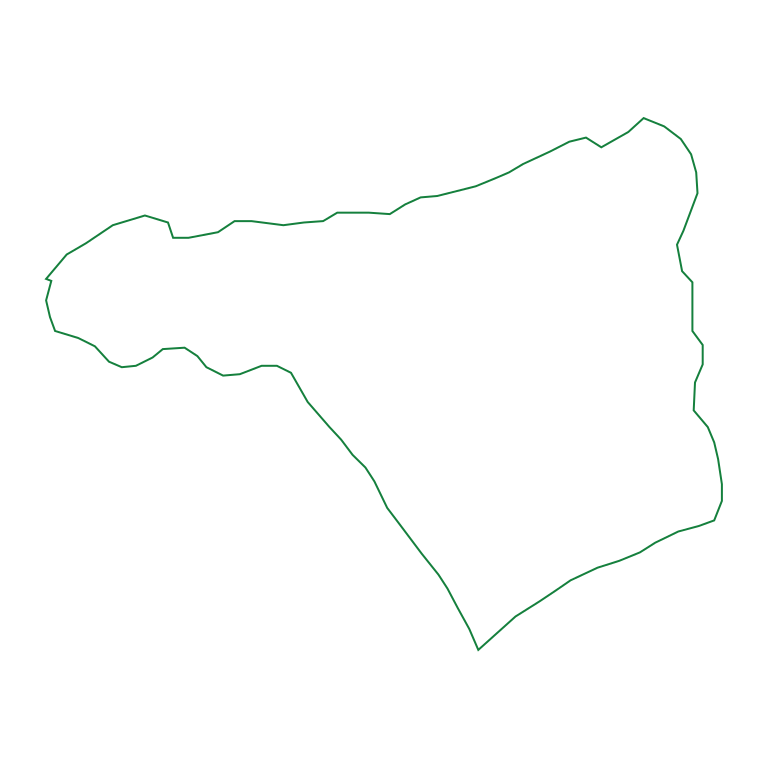 Agios Amvrosios Keryneias, Cyprus
{"feature_id": "46923920B46036306691539", "entity_name": "Agios Amvrosios Keryneias", "entity_type": "district", "adm_level": 2, "iso_a3": "CYP", "parent_name": "Cyprus", "parent_adm1": "", "projection": "equal_earth", "projection_center": [33.571, 35.33], "detail": "fine", "context": "isolated", "style": "outline", "palette": "green", "viewbox_px": 768, "rotation_deg": 0, "n_neighbors": 0, "source": "geoboundaries", "source_scale": "gbopen_adm2", "svg_char_len": 1270}
<svg xmlns="http://www.w3.org/2000/svg" viewBox="0 0 768 768"><path d="M478.3,649.9L501.7,628.9L515.5,616.5L539.8,601.2L556.5,590.0L570.6,580.3L597.5,567.7L619.3,560.8L639.9,552.4L655.2,542.7L678.3,531.5L698.8,526.0L714.2,520.4L721.9,500.9L721.9,484.2L718.1,459.1L714.2,442.4L707.8,427.1L693.7,410.4L695.0,382.5L702.7,364.4L702.7,345.0L692.4,331.0L692.4,301.8L692.4,282.3L682.1,271.2L677.0,244.7L683.4,230.8L697.5,193.2L696.2,172.4L691.1,154.3L680.8,139.0L664.2,126.4L643.6,118.1L628.3,132.0L601.3,147.3L586.0,137.6L569.3,141.7L550.1,151.5L523.1,164.0L509.0,172.4L496.2,177.9L475.7,186.3L437.2,196.0L420.6,197.4L405.2,204.4L389.8,214.1L369.3,212.7L337.2,212.7L323.1,221.1L303.9,222.5L283.4,225.2L251.3,221.1L234.6,221.1L218.0,232.2L188.5,237.8L173.1,237.8L168.0,222.5L144.9,215.5L112.8,225.2L85.9,243.3L66.7,254.5L46.1,278.9L51.3,280.9L46.1,300.4L50.0,317.1L55.1,331.0L78.2,338.0L94.9,346.3L109.0,361.7L121.8,367.2L135.9,365.8L152.6,357.5L162.8,349.1L184.6,347.7L197.4,356.1L206.4,367.2L223.1,375.6L239.8,374.2L261.6,365.8L276.9,365.8L291.0,372.8L307.7,402.0L329.5,427.1L341.1,439.6L352.6,454.9L365.4,467.5L374.4,481.4L387.2,507.9L398.8,523.2L421.8,553.8L438.5,574.7L447.5,588.6L457.8,608.1L469.3,629.0L478.3,649.9Z" fill="none" stroke="#15803d" stroke-width="2"/></svg>